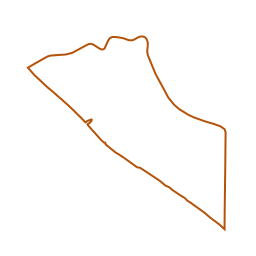 Zinjibar, Abyan, Yemen, rotated 95°
{"feature_id": "15242507B56433335269136", "entity_name": "Zinjibar", "entity_type": "district", "adm_level": 2, "iso_a3": "YEM", "parent_name": "Yemen", "parent_adm1": "Abyan", "projection": "natural_earth1", "projection_center": [45.421, 13.143], "detail": "fine", "context": "isolated", "style": "outline", "palette": "amber", "viewbox_px": 256, "rotation_deg": 95, "n_neighbors": 0, "source": "geoboundaries", "source_scale": "gbopen_adm2", "svg_char_len": 1659}
<svg xmlns="http://www.w3.org/2000/svg" viewBox="0 0 256 256"><g transform="rotate(95 128 128)"><path d="M220.4,23.0L210.6,23.8L207.8,24.0L205.4,24.2L201.7,24.5L199.0,24.7L159.9,27.6L123.7,30.4L120.8,31.7L118.3,36.0L116.5,42.8L114.6,52.1L111.7,63.2L109.5,69.2L104.8,78.5L100.8,84.1L94.2,90.5L85.1,96.4L72.1,105.1L54.3,114.3L51.4,115.3L49.3,115.6L44.9,115.5L41.2,115.7L38.1,117.0L36.4,118.5L35.6,120.6L35.6,122.8L36.3,124.9L37.5,126.9L39.4,129.5L40.4,131.8L40.4,135.1L39.0,140.4L38.4,147.3L38.7,151.6L40.1,154.0L42.9,155.5L47.8,157.2L50.1,158.0L51.5,158.9L52.0,160.2L51.9,161.6L51.2,163.6L49.6,166.7L47.9,169.8L47.6,171.2L47.4,172.4L47.7,174.1L49.1,176.6L58.0,190.1L60.2,196.3L61.1,202.1L62.6,211.5L63.7,214.3L63.9,214.6L67.4,219.8L70.7,224.5L71.1,225.2L73.4,228.4L76.6,233.0L83.2,226.1L84.2,224.9L85.2,223.5L90.8,216.5L91.0,216.1L91.6,215.4L91.9,215.1L95.7,210.1L95.8,209.6L96.5,208.8L98.6,205.8L98.8,205.5L101.7,201.6L102.9,200.0L103.3,199.5L105.8,195.8L106.2,195.5L107.0,194.4L111.3,188.6L115.7,183.1L116.6,182.2L116.9,181.6L118.2,180.2L120.6,177.2L121.0,176.9L121.7,175.7L122.3,175.3L123.8,173.5L126.1,170.9L124.4,168.8L122.9,165.8L122.7,165.0L122.9,164.9L123.9,165.0L124.8,165.4L126.1,166.5L126.7,167.3L127.8,168.7L128.9,167.9L130.1,166.7L138.0,158.3L142.0,154.0L144.5,150.9L144.7,149.9L144.6,149.4L145.1,149.2L145.7,149.1L146.1,148.7L146.5,148.7L146.9,148.0L149.1,144.8L153.7,137.9L154.4,136.2L157.4,130.5L166.4,115.4L166.5,112.7L177.6,92.1L182.1,85.7L183.5,81.6L185.8,78.5L187.9,74.7L190.4,70.2L192.8,65.4L195.4,62.3L197.0,59.1L200.7,52.9L205.0,45.6L207.0,42.6L209.8,38.8L216.2,28.5L220.4,23.0Z" fill="none" stroke="#b45309" stroke-width="2"/></g></svg>